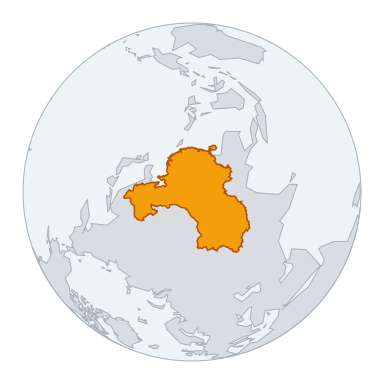 China on an orthographic globe, rotated 215°
{"feature_id": "CHN", "entity_name": "China", "entity_type": "country or territory", "adm_level": 0, "iso_a3": "CHN", "parent_name": "Asia", "parent_adm1": "", "projection": "orthographic", "projection_center": [106.815, 35.887], "detail": "fine", "context": "on_globe", "style": "filled", "palette": "amber", "viewbox_px": 384, "rotation_deg": 215, "n_neighbors": 0, "source": "natural_earth", "source_scale": "50m", "svg_char_len": 17207}
<svg xmlns="http://www.w3.org/2000/svg" viewBox="0 0 384 384"><g transform="rotate(215 192 192)"><circle cx="192" cy="192" r="169" fill="#eef3f6" stroke="#a8b0b8"/><path d="M347.4,257.4L347.1,258.2L347.0,258.5L347.4,257.4ZM291.6,55.5L280.2,48.9L279.3,47.9L276.5,46.6L277.3,48.0L278.6,49.3L270.0,50.3L271.0,59.1L276.9,64.4L271.2,61.6L286.2,73.9L290.3,82.3L282.2,71.4L278.7,69.3L279.8,74.0L276.5,72.9L275.1,74.7L271.0,73.1L266.6,67.4L263.9,66.4L264.8,69.8L261.4,70.8L260.4,65.8L254.2,67.0L245.7,58.7L246.4,48.3L238.2,44.0L229.9,34.7L227.3,35.0L222.4,32.2L217.6,31.6L217.4,30.5L213.7,31.1L214.7,32.3L213.5,33.1L210.7,33.0L210.0,31.4L211.3,31.2L209.7,30.7L210.5,30.0L208.5,30.3L208.0,28.6L204.4,30.2L200.6,28.8L201.4,27.8L206.6,28.0L221.5,27.4L223.9,27.2L222.1,26.2L207.3,23.8L207.6,23.8L220.5,25.5L233.2,28.1L245.6,31.8L257.8,36.4L269.5,41.9L280.8,48.3L291.6,55.5ZM202.8,23.4L203.3,23.4L197.5,23.3L200.1,23.8L198.1,24.0L198.7,24.9L192.9,24.8L186.9,24.4L186.1,23.8L183.4,23.7L179.5,24.6L173.5,24.2L161.7,25.8L161.4,25.8L175.1,23.9L188.9,23.1L202.8,23.4ZM350.5,135.4L349.2,132.7L349.6,132.7L350.5,135.4ZM348.7,132.3L349.1,133.0L348.8,132.7L348.7,132.3ZM348.7,132.9L348.7,132.5L348.8,133.3L348.7,132.9ZM348.8,134.1L348.7,133.3L348.7,133.5L348.8,134.1ZM348.5,135.0L348.3,135.2L348.1,134.1L348.5,135.0ZM279.7,50.2L277.7,48.2L278.2,47.6L280.2,49.2L279.7,50.2ZM278.4,52.3L276.5,50.8L279.9,51.7L279.9,52.2L278.4,52.3ZM281.9,68.7L280.9,66.3L283.0,69.1L281.9,68.7ZM275.7,75.2L277.0,76.4L275.7,76.9L275.7,75.2ZM201.9,25.0L200.4,25.0L201.0,24.8L201.9,25.0ZM203.6,25.5L205.5,25.4L206.7,25.6L205.4,25.7L203.6,25.5ZM268.3,75.0L265.8,75.7L267.6,74.0L268.3,75.0ZM201.0,25.7L208.4,26.1L210.3,26.6L207.3,27.5L201.0,25.7ZM263.9,75.4L257.9,77.6L260.4,80.1L250.1,74.5L258.5,74.3L260.3,71.7L261.3,74.2L263.9,75.4ZM216.3,32.8L215.0,31.5L218.6,32.7L216.3,32.8ZM218.9,33.4L231.8,36.9L232.3,39.1L227.9,37.3L230.6,40.5L224.5,39.7L221.6,37.9L222.5,36.5L219.5,37.3L218.9,33.4ZM245.3,71.3L243.2,71.1L244.6,70.3L245.3,71.3ZM213.2,33.5L215.8,33.9L216.4,35.7L211.4,35.3L212.8,34.8L213.2,33.5ZM234.3,41.8L233.9,43.3L228.8,43.0L227.9,43.6L224.4,39.9L234.3,41.8ZM211.2,34.4L208.8,35.1L206.0,34.2L210.8,33.3L211.2,34.4ZM218.7,36.4L218.7,37.3L217.1,36.7L218.7,36.4ZM194.7,32.0L197.7,32.1L198.3,33.1L194.7,32.0ZM208.1,35.5L209.0,35.8L209.6,36.2L207.5,36.6L208.1,35.5ZM221.0,40.2L219.0,39.9L222.2,41.6L218.5,41.8L216.8,39.4L216.0,40.5L214.9,40.5L214.8,38.5L221.0,40.2ZM207.0,38.4L203.6,35.7L197.8,35.1L197.1,34.2L206.6,35.4L207.0,38.4ZM211.6,38.6L208.6,38.2L209.3,37.1L211.7,36.8L211.6,38.6ZM216.7,42.8L222.7,43.2L222.9,43.7L216.7,42.8ZM205.2,38.4L206.1,39.0L204.7,38.4L205.2,38.4ZM213.0,41.6L215.1,41.6L215.2,42.2L213.0,41.6ZM206.0,40.4L204.9,39.5L206.5,39.2L206.0,40.4ZM209.1,41.1L208.8,42.0L207.8,39.6L210.0,41.0L209.1,41.1ZM212.8,42.2L213.5,42.5L211.9,42.1L212.8,42.2ZM200.5,42.5L198.8,39.6L202.4,38.7L203.5,41.6L200.5,42.5ZM63.2,82.7L65.6,80.9L61.4,86.8L58.8,98.9L57.6,101.9L52.5,106.6L46.2,126.4L50.5,124.6L50.2,139.6L53.4,146.3L64.1,136.6L58.9,125.2L63.3,117.4L71.8,121.5L77.1,132.3L79.0,129.6L80.1,118.5L85.9,117.0L81.0,114.4L79.6,118.4L76.5,117.1L77.6,113.4L79.6,112.9L79.3,109.0L69.8,113.1L67.4,117.6L63.7,111.2L59.3,118.2L56.7,118.6L63.2,107.0L66.0,104.4L74.3,89.5L71.0,91.5L62.9,105.9L63.4,103.3L58.8,106.8L62.7,102.1L72.4,86.5L72.1,81.4L63.8,84.4L65.3,81.4L70.2,75.5L81.2,66.6L76.6,74.6L80.4,72.2L88.1,65.3L86.1,68.6L88.7,66.9L87.6,70.0L92.8,70.1L92.7,73.0L101.2,69.3L102.3,70.5L97.0,72.2L93.2,75.3L93.8,83.5L95.8,84.0L101.3,81.1L100.8,84.0L106.0,80.2L109.5,84.0L109.6,76.4L116.1,73.5L121.7,74.0L123.8,71.9L114.6,71.1L111.0,72.1L107.8,75.1L97.8,77.5L96.2,75.6L106.7,68.4L105.6,65.2L114.3,61.6L133.8,64.9L138.6,68.7L132.9,81.2L128.1,81.8L127.7,77.4L122.1,84.2L125.4,82.3L125.0,84.9L131.0,83.4L131.0,85.2L136.8,80.8L137.5,82.9L133.8,85.6L143.3,85.8L146.4,89.9L148.5,89.1L149.9,87.1L152.9,94.0L154.4,93.1L154.0,90.5L156.6,87.2L162.4,84.2L163.1,86.7L161.1,88.1L158.0,95.2L152.6,99.0L153.4,99.8L158.3,97.2L162.2,88.4L165.5,86.0L164.3,90.0L165.0,88.3L166.9,87.9L169.4,90.0L170.9,85.6L190.5,79.3L197.3,83.3L194.1,87.3L208.5,87.0L215.0,92.4L214.6,89.8L221.3,88.6L219.3,86.8L219.6,85.5L235.7,82.6L240.1,84.2L246.6,80.9L246.4,79.7L243.5,78.3L250.1,74.5L260.4,80.1L260.3,82.4L266.9,84.7L265.8,90.0L267.9,95.8L262.9,100.9L265.0,105.4L267.4,105.8L272.0,112.5L273.4,125.7L262.0,113.0L257.8,94.9L258.6,101.9L255.4,99.9L253.8,102.3L254.6,107.5L256.6,108.3L242.3,116.2L238.3,130.6L246.0,129.5L250.7,133.7L252.8,151.4L238.0,175.7L244.1,183.2L244.4,188.3L238.9,191.6L238.3,184.2L232.9,181.7L233.4,177.3L224.3,180.8L224.7,174.6L217.5,180.8L220.1,185.6L227.9,184.5L221.6,193.0L229.4,201.5L230.2,211.6L216.6,229.2L202.9,234.1L202.0,237.1L196.7,233.3L189.4,238.9L199.2,256.5L198.9,261.2L187.2,269.4L187.0,265.9L172.8,255.9L170.0,266.9L180.7,277.2L184.4,287.8L176.0,283.9L172.3,274.3L167.3,270.5L168.8,261.0L164.9,245.6L156.5,247.1L157.3,241.1L150.6,227.1L138.6,228.5L119.5,239.8L116.7,254.2L110.2,258.6L102.9,233.9L103.6,218.5L98.4,217.8L93.0,201.3L76.4,190.6L76.3,185.8L72.7,185.4L69.2,177.9L69.9,170.3L66.8,168.0L65.5,188.1L69.2,190.7L75.3,187.6L74.0,193.9L77.7,202.5L65.6,210.3L44.7,205.4L46.4,193.8L50.0,154.4L52.1,151.8L52.2,151.4L52.5,150.6L49.0,154.3L50.9,147.0L44.8,172.2L42.2,181.4L44.3,205.8L43.2,206.5L45.0,212.6L55.5,218.1L54.7,221.5L47.5,232.7L36.3,240.8L40.0,256.6L42.9,267.6L40.8,267.1L45.4,276.1L39.8,265.3L34.9,254.2L30.8,242.7L27.6,231.0L25.2,219.0L23.7,207.0L23.1,194.8L23.3,182.6L24.4,170.5L26.4,158.5L29.2,146.7L32.9,135.1L37.4,123.8L42.7,112.8L48.8,102.3L55.6,92.2L63.2,82.7ZM78.9,150.5L84.7,156.8L88.8,146.5L91.3,148.3L91.8,144.3L89.0,145.8L91.2,135.6L96.1,136.0L98.8,132.2L97.0,129.9L87.7,131.0L84.6,145.3L80.4,147.1L78.9,150.5ZM104.0,56.3L101.5,58.5L98.6,59.4L98.8,56.8L102.9,55.4L104.0,56.3ZM98.5,61.6L108.9,55.9L109.3,57.6L107.3,57.5L106.5,59.3L103.1,59.7L93.3,67.4L90.1,68.8L92.1,62.5L93.1,63.6L95.6,61.2L98.5,61.6ZM134.9,41.9L139.5,40.4L134.3,45.9L130.7,46.7L130.6,43.9L134.8,41.3L134.9,41.9ZM194.3,27.6L196.4,27.4L196.6,27.8L195.0,28.2L194.3,27.6ZM196.1,32.0L185.5,29.1L187.3,28.6L179.0,28.0L180.5,26.6L185.9,27.0L180.8,25.7L186.3,25.6L182.3,25.0L194.1,25.9L198.8,26.0L192.9,26.3L191.4,27.5L192.1,28.0L197.8,29.8L207.1,31.0L207.1,32.7L204.6,33.6L202.3,33.6L203.1,32.4L199.5,33.2L198.8,31.5L196.1,32.0ZM175.1,48.6L176.9,46.3L169.6,49.4L168.9,47.0L168.1,47.5L165.5,46.2L160.9,45.7L161.4,44.6L159.4,44.9L157.7,44.2L155.1,44.4L155.0,42.5L151.9,42.6L153.7,41.6L148.3,42.4L152.2,41.0L150.3,40.3L147.5,42.0L153.4,33.1L152.8,31.2L150.1,30.5L157.3,28.7L164.4,28.4L170.4,29.6L170.0,32.0L173.3,31.0L174.1,31.9L171.1,32.3L176.1,32.3L176.0,33.3L181.3,35.5L188.7,35.4L190.8,36.4L187.9,36.9L192.1,37.6L188.0,39.4L189.4,40.2L186.8,43.1L180.2,44.0L182.4,44.9L180.5,47.3L175.1,48.6ZM199.5,43.2L191.9,44.4L187.7,43.8L194.0,39.2L193.3,38.2L197.2,35.6L203.1,36.7L201.4,37.3L201.2,38.1L199.5,37.4L200.7,38.6L198.4,39.6L198.8,40.8L196.2,40.8L199.5,43.2ZM59.5,101.7L59.1,103.5L59.3,105.5L56.5,108.0L59.5,101.7ZM65.8,91.0L66.0,92.0L62.0,96.0L62.4,94.3L65.8,91.0ZM69.5,89.3L66.3,91.7L68.2,89.4L69.5,89.3ZM97.5,73.1L98.1,74.1L96.8,75.0L94.9,75.4L97.5,73.1ZM153.4,58.8L155.1,57.3L156.1,57.4L161.8,55.4L162.8,57.2L159.7,59.2L153.4,58.8ZM61.3,136.7L58.4,137.0L58.8,134.9L59.7,135.2L61.3,136.7ZM55.8,121.8L55.4,126.7L55.0,122.4L55.8,121.8ZM155.5,60.5L157.7,59.4L156.8,61.0L155.5,60.5ZM163.8,58.5L163.3,60.3L163.6,57.2L163.8,58.5ZM56.3,280.9L59.7,295.0L55.8,290.9L51.8,284.3L48.3,274.3L51.7,275.7L52.4,272.4L56.3,280.9ZM227.1,310.2L232.1,310.4L231.9,310.9L227.1,310.2ZM221.8,308.5L227.6,308.4L220.8,309.8L221.8,308.5ZM229.9,308.3L235.8,306.7L238.4,305.5L237.9,306.7L229.9,308.3ZM217.8,308.7L196.3,308.6L187.8,306.6L189.8,304.6L203.5,305.6L217.8,308.7ZM189.1,304.5L176.1,297.2L158.4,275.5L164.7,276.8L183.2,290.7L182.0,292.6L189.9,298.2L189.1,304.5ZM220.6,293.1L219.3,299.1L207.4,298.7L202.0,297.7L198.3,290.0L200.4,286.1L204.8,286.3L222.0,272.2L228.0,275.4L222.7,281.5L227.6,286.6L220.6,293.1ZM117.3,255.9L120.6,265.6L117.1,265.9L117.3,255.9ZM229.0,261.8L222.1,268.5L228.4,259.7L229.0,261.8ZM232.8,253.5L233.2,256.8L230.4,253.8L232.8,253.5ZM201.8,241.8L197.1,242.4L197.0,240.0L203.0,237.8L201.8,241.8ZM230.7,220.1L230.6,227.4L229.7,229.9L227.6,225.7L230.7,220.1ZM166.9,77.5L157.9,78.0L152.0,80.3L149.7,84.1L149.1,79.2L158.1,75.7L166.9,77.5ZM187.5,78.7L189.4,75.7L191.2,77.1L191.0,78.0L187.5,78.7ZM186.8,76.8L184.4,73.1L187.2,71.5L188.5,74.7L186.8,76.8ZM169.6,66.0L166.8,66.0L167.6,64.6L169.6,66.0ZM269.5,341.9L270.7,340.5L276.6,337.7L273.0,340.1L269.5,341.9ZM251.8,340.4L218.9,350.2L212.0,350.0L214.3,347.7L209.2,340.6L211.6,340.7L210.8,335.2L230.6,328.6L245.0,316.5L255.3,315.6L263.5,306.1L273.9,304.3L270.3,311.4L280.6,312.4L288.9,296.4L293.8,308.7L300.3,310.1L300.6,316.3L283.8,332.5L275.5,337.6L274.5,337.5L270.9,339.6L266.1,341.1L264.6,339.1L261.0,341.1L265.1,337.6L259.6,341.2L257.6,339.8L251.8,340.4ZM325.4,289.4L326.5,288.7L327.9,289.1L326.1,290.4L325.4,289.4ZM344.3,263.9L344.5,264.1L343.4,266.0L344.3,263.9ZM347.0,258.5L345.8,260.9L347.4,257.4L347.0,258.5ZM333.3,276.5L333.8,276.8L333.2,277.6L333.3,276.5ZM332.9,276.7L333.8,274.7L333.5,276.1L332.9,276.7ZM327.8,273.7L328.6,272.3L328.9,272.7L327.8,273.7ZM239.6,309.7L246.8,304.6L250.6,303.8L239.6,309.7ZM326.7,272.8L324.7,273.9L325.0,273.0L326.7,272.8ZM327.0,270.8L326.8,269.7L327.9,271.6L327.0,270.8ZM323.2,270.5L325.6,271.1L322.9,271.0L323.2,270.5ZM321.7,271.7L319.9,271.8L320.1,271.3L321.7,271.7ZM300.2,283.2L307.1,287.3L301.3,289.6L294.9,287.6L289.6,293.4L277.6,296.2L280.4,292.9L278.9,289.3L266.3,290.5L263.8,288.3L268.3,285.6L259.9,284.9L269.1,282.0L272.9,286.8L278.0,281.3L286.8,280.1L295.3,279.3L301.9,281.0L300.2,283.2ZM269.0,294.2L270.6,293.8L269.2,295.7L269.0,294.2ZM316.5,270.7L319.1,271.9L318.7,272.7L317.4,273.0L316.5,270.7ZM303.4,279.5L310.6,272.1L312.2,271.5L307.4,278.6L303.4,279.5ZM308.9,269.9L312.2,269.1L313.8,270.9L313.1,271.9L308.9,269.9ZM250.2,292.3L249.8,293.9L247.4,293.0L250.2,292.3ZM253.4,290.9L260.6,291.5L252.7,292.4L253.4,290.9ZM231.1,287.8L233.2,291.4L240.1,288.4L234.8,292.3L239.4,297.9L237.8,300.3L233.3,294.2L231.6,301.0L228.6,301.1L227.0,295.5L230.0,288.1L233.1,284.9L245.4,282.5L231.1,287.8ZM253.3,286.4L251.4,282.3L252.8,279.1L254.9,281.2L253.3,286.4ZM245.6,272.1L240.4,267.3L235.7,269.7L245.1,261.3L248.6,267.4L245.6,272.1ZM241.1,260.7L236.7,262.9L241.2,258.1L241.1,260.7ZM235.5,261.2L235.0,257.4L238.5,257.6L235.5,261.2ZM243.4,260.6L244.1,254.0L245.9,257.7L243.4,260.6ZM233.4,248.8L240.9,254.6L231.2,252.6L230.5,239.7L234.6,239.2L233.4,248.8ZM254.8,192.8L253.6,189.0L257.3,187.6L257.0,190.6L254.8,192.8ZM268.1,180.8L257.9,186.1L249.4,190.7L252.2,192.2L250.6,199.0L246.3,193.3L251.9,185.3L258.4,183.0L259.0,177.3L263.5,172.9L262.0,166.0L263.9,162.7L267.3,168.4L268.1,180.8ZM261.1,163.2L260.1,151.0L267.2,151.6L269.0,154.5L266.5,159.7L262.9,159.0L261.1,163.2ZM262.0,148.3L258.5,147.7L249.7,130.8L249.6,127.5L260.0,140.1L257.3,140.2L258.2,144.4L262.0,148.3ZM244.0,72.5L243.3,71.3L245.1,72.1L244.0,72.5ZM218.4,84.6L219.1,83.0L221.2,83.9L218.4,84.6ZM222.3,79.2L219.4,79.3L222.2,78.1L222.3,79.2ZM212.9,79.9L218.1,78.8L213.6,81.4L212.9,79.9Z" fill="#d9dde1" stroke="#a8b0b8" stroke-width="1"/><path d="M195.2,233.9L194.6,233.5L193.5,233.7L192.4,232.8L191.6,232.6L191.3,231.1L191.9,230.3L190.2,229.8L189.4,229.9L187.8,228.7L186.7,229.2L186.2,230.1L185.4,230.4L184.7,230.2L184.2,230.9L183.3,230.2L183.0,230.7L182.5,230.2L181.6,231.1L180.2,230.1L179.2,231.2L178.1,230.8L177.6,231.4L178.1,232.7L178.0,234.6L176.7,234.4L176.3,232.8L175.0,233.5L173.7,233.4L173.2,231.8L171.2,231.3L172.2,229.1L170.5,228.3L170.1,226.2L170.6,225.6L168.9,225.5L167.2,225.9L167.6,225.0L167.2,223.8L167.8,223.2L168.1,222.1L170.4,220.5L170.2,219.9L170.6,219.6L170.8,218.1L170.7,215.5L170.2,215.3L169.8,215.5L169.4,213.8L168.4,212.6L168.1,212.6L167.4,213.4L165.7,212.5L164.8,212.5L165.7,211.6L165.4,210.7L164.6,211.0L164.6,210.5L165.2,210.1L164.5,209.4L162.7,210.4L160.9,209.4L158.5,210.8L157.2,210.9L155.5,212.3L155.5,212.7L153.7,213.0L152.8,212.8L152.9,212.4L152.1,211.8L151.4,212.0L148.7,210.6L147.6,211.0L145.8,212.9L145.5,212.3L145.9,210.9L145.5,210.5L142.9,210.9L141.7,210.5L140.5,209.5L139.9,209.9L139.4,209.2L138.9,209.7L138.3,208.5L137.0,208.1L137.3,207.3L136.4,207.2L135.2,205.9L135.1,204.9L133.8,204.7L133.1,203.2L131.1,201.4L130.9,200.5L129.5,200.1L128.6,200.7L127.8,199.4L126.8,198.6L126.9,198.0L125.3,196.7L124.9,195.5L124.1,195.6L124.5,193.7L124.2,191.9L124.9,191.9L125.2,192.7L126.0,192.5L126.3,190.5L125.8,189.4L126.1,187.9L126.8,187.2L125.6,185.7L125.5,183.9L125.8,183.2L123.8,182.4L123.0,181.6L123.0,181.1L122.2,181.0L121.8,180.2L122.3,179.3L122.2,178.4L121.5,177.9L121.5,177.3L119.8,176.0L121.5,175.8L121.2,175.1L121.9,172.8L121.0,171.7L120.4,171.8L120.1,171.5L120.6,169.0L121.2,168.9L121.3,168.2L121.9,167.6L123.8,167.5L123.9,167.0L125.5,167.1L125.4,168.1L126.7,168.4L128.4,166.9L130.9,167.6L131.6,166.9L132.5,166.6L135.9,166.1L136.3,164.3L137.2,163.9L137.0,163.4L137.9,163.3L137.9,160.4L138.4,159.2L138.7,158.8L137.8,158.0L141.6,157.6L141.9,158.3L143.0,158.7L143.4,157.9L143.0,157.3L145.7,153.2L147.3,154.2L148.5,154.5L148.6,155.0L150.1,154.6L150.6,154.2L150.9,152.3L151.5,151.2L153.2,151.0L154.3,149.5L156.0,149.7L156.0,150.1L155.7,150.4L156.2,151.0L155.9,151.4L156.8,152.1L156.8,152.6L157.5,153.4L158.3,153.5L159.7,154.7L160.4,158.1L160.0,158.9L160.0,159.6L159.1,161.0L159.3,162.0L164.5,163.5L166.7,165.6L168.0,165.9L167.8,166.6L168.2,166.9L168.6,169.0L169.5,170.7L171.3,170.7L176.1,171.7L177.2,171.5L180.5,172.1L181.8,173.3L183.8,173.8L185.2,174.6L186.9,174.3L186.9,174.9L188.0,175.2L191.9,173.2L197.5,172.7L199.8,171.6L201.0,169.9L202.9,168.7L201.7,166.9L202.0,165.5L202.6,164.8L203.6,164.7L204.3,165.2L206.2,165.5L207.1,164.8L208.0,163.5L210.3,163.1L211.2,162.2L211.8,160.5L213.3,160.1L213.4,159.5L214.0,159.6L216.1,158.6L217.2,158.9L218.2,158.6L218.2,158.1L217.6,157.3L214.9,155.2L213.5,155.4L212.8,156.4L211.6,155.9L210.5,156.1L210.0,156.6L209.3,156.1L209.1,155.4L209.5,155.0L209.5,154.1L210.7,150.4L213.0,151.0L214.0,149.9L215.4,149.1L215.4,148.5L215.0,148.2L216.1,144.6L217.0,143.0L216.6,141.8L215.4,141.5L216.7,139.7L221.0,138.2L223.3,139.0L223.7,138.7L224.8,139.0L226.5,140.6L228.5,143.9L229.5,144.8L229.8,145.8L230.4,146.1L230.6,147.2L231.6,147.7L232.8,147.3L233.7,147.8L234.4,147.6L236.1,148.6L236.7,148.6L237.0,149.3L237.7,149.9L237.8,150.8L238.6,151.6L241.2,150.8L242.0,149.4L243.8,148.0L244.6,148.2L244.6,148.9L245.3,149.6L244.6,151.1L245.1,154.1L244.8,155.3L245.0,156.1L244.6,156.6L244.8,157.6L244.6,158.0L242.3,157.7L241.8,158.9L241.0,159.5L242.2,161.6L242.8,163.5L242.8,165.0L241.7,165.8L242.1,166.0L242.1,166.3L241.3,165.8L241.2,165.4L240.4,165.3L240.5,166.9L239.7,167.2L239.2,168.5L237.5,169.0L238.2,170.0L238.1,170.7L236.0,170.7L235.4,170.2L234.9,170.4L233.9,173.1L231.9,174.8L230.9,176.6L229.6,177.0L227.9,178.1L226.3,180.0L225.7,180.2L225.7,180.7L224.7,181.2L224.5,180.7L225.6,179.9L225.5,179.6L225.8,179.1L224.6,179.3L224.5,178.8L225.0,178.4L224.9,177.8L225.5,177.4L226.2,175.7L225.1,174.5L224.9,174.9L223.7,174.9L222.5,177.1L220.3,178.8L219.6,180.6L218.1,181.1L217.5,180.7L216.9,181.0L216.6,182.4L216.9,183.1L217.8,183.7L220.0,183.9L220.4,184.9L220.2,186.0L221.1,186.4L222.2,186.3L223.1,184.6L224.1,184.0L226.3,184.7L227.2,184.4L228.7,184.5L228.3,185.6L228.6,185.9L228.2,186.3L227.2,186.1L225.4,187.4L224.8,187.4L225.1,188.0L224.7,188.1L224.6,189.0L224.1,189.3L223.8,188.8L223.5,188.9L223.4,189.2L223.8,189.5L222.1,191.8L221.7,193.2L224.5,194.5L226.4,198.0L226.5,199.0L227.8,199.5L228.1,200.3L229.2,200.9L229.3,201.4L229.1,201.5L228.0,201.2L227.1,201.3L225.9,200.8L224.8,201.4L226.4,201.0L226.7,201.5L229.0,202.6L229.5,203.3L229.7,203.7L228.6,204.3L227.5,205.6L226.4,205.8L225.8,206.3L226.5,206.0L226.9,206.5L228.4,205.7L229.5,206.5L230.6,206.7L229.3,208.0L230.2,207.5L230.4,207.8L230.5,208.9L229.9,208.6L229.3,209.1L229.9,209.5L229.6,209.6L229.9,209.8L229.5,210.5L230.0,211.4L229.2,211.8L228.8,211.5L228.4,212.4L227.9,212.6L228.2,212.9L227.7,213.9L227.8,214.4L226.6,216.8L226.2,216.9L225.9,216.3L225.7,216.7L225.3,216.5L226.2,217.7L225.2,218.7L224.4,218.6L224.9,219.0L225.7,218.8L225.8,220.6L224.7,220.5L225.0,221.1L224.2,221.3L224.1,222.1L223.4,222.5L223.5,223.1L222.0,223.3L221.4,223.8L222.0,224.4L221.0,225.7L220.6,225.7L220.4,226.5L220.1,226.1L219.6,226.6L219.1,226.4L218.1,228.5L215.9,229.0L215.5,229.4L214.7,229.2L213.8,229.9L213.2,229.5L213.0,230.2L211.6,230.4L210.4,229.4L210.4,228.7L210.1,228.8L209.7,229.3L210.3,230.2L210.3,231.3L209.3,231.8L209.1,231.4L208.8,232.3L207.8,232.7L207.1,232.2L207.0,232.9L206.0,232.6L205.1,233.5L203.5,233.7L202.3,234.6L201.9,234.3L201.2,235.4L201.8,235.7L201.6,236.2L202.2,236.6L201.8,237.2L200.5,237.1L200.7,236.8L199.8,235.5L200.5,233.9L199.5,233.3L199.5,233.8L198.4,234.1L198.3,233.6L197.4,233.6L196.6,232.8L196.6,233.6L196.1,233.4L195.2,233.9ZM203.3,238.0L203.7,239.0L202.6,240.0L202.1,241.6L201.1,242.5L199.6,243.2L197.3,242.3L197.1,240.2L198.8,238.8L198.6,238.8L198.8,238.5L201.3,237.9L202.5,238.1L202.6,237.7L203.3,238.0ZM229.4,202.1L228.6,202.0L227.7,201.4L228.3,201.4L229.4,202.1ZM231.1,206.3L230.4,206.3L230.2,205.9L231.0,206.0L231.1,206.3ZM226.3,219.9L226.0,220.4L226.0,219.8L226.3,219.9ZM201.5,235.2L202.2,235.0L202.2,235.3L201.5,235.2Z" fill="#f59e0b" stroke="#b45309" stroke-width="1.5"/></g></svg>